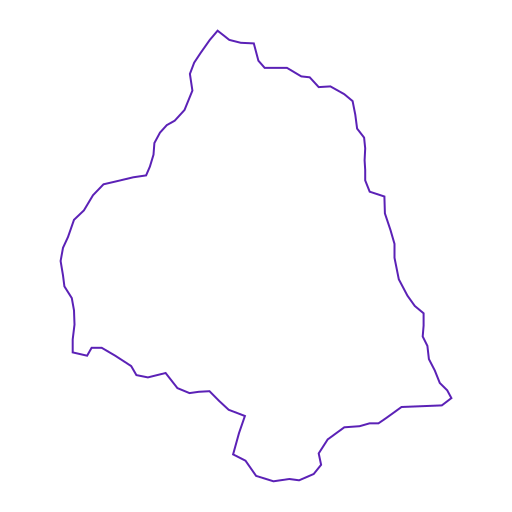 Nova Canaã Paulista, São Paulo, Brazil
{"feature_id": "56859067B96642600712533", "entity_name": "Nova Canaã Paulista", "entity_type": "district", "adm_level": 2, "iso_a3": "BRA", "parent_name": "Brazil", "parent_adm1": "São Paulo", "projection": "mercator", "projection_center": [-50.91, -20.369], "detail": "fine", "context": "isolated", "style": "outline", "palette": "violet", "viewbox_px": 512, "rotation_deg": 0, "n_neighbors": 0, "source": "geoboundaries", "source_scale": "gbopen_adm2", "svg_char_len": 1307}
<svg xmlns="http://www.w3.org/2000/svg" viewBox="0 0 512 512"><path d="M451.4,398.1L447.2,390.3L439.8,383.0L434.8,370.5L428.9,359.1L427.4,345.9L422.7,336.5L423.6,325.7L423.6,313.3L414.8,306.0L407.4,295.6L398.8,279.3L394.5,257.8L394.5,243.9L390.5,230.1L384.9,213.4L384.4,196.5L369.7,191.7L365.2,180.4L365.2,170.0L364.6,160.3L365.2,148.4L364.1,137.6L357.1,128.6L355.3,114.8L352.6,101.1L344.3,94.2L330.4,86.4L318.7,87.1L309.7,77.3L301.3,76.4L287.0,67.9L264.7,67.9L258.4,60.7L253.8,43.4L240.8,42.8L229.3,39.9L217.6,30.7L209.8,39.9L200.7,52.8L194.2,62.6L189.9,73.9L192.4,90.6L184.5,110.0L174.7,120.7L166.8,125.1L160.0,132.6L154.4,143.0L153.5,154.7L149.9,166.6L146.1,175.4L133.2,177.3L114.3,181.8L103.5,184.3L93.0,195.2L83.9,210.4L74.0,219.8L68.0,237.0L63.0,247.8L60.6,261.0L63.0,275.4L64.4,286.4L71.8,298.1L74.0,310.4L74.5,324.6L72.7,339.4L72.7,352.4L87.1,355.7L91.6,347.8L101.7,347.8L115.2,355.7L131.2,366.1L136.4,375.1L147.9,377.4L165.6,373.0L177.4,388.1L189.5,393.1L198.7,391.8L209.5,391.2L219.2,401.0L228.7,409.8L244.9,416.0L239.0,433.1L233.1,454.4L245.5,460.7L256.1,475.9L273.5,481.3L289.2,479.0L299.1,480.3L313.7,474.0L321.1,464.8L318.7,453.4L327.7,439.4L344.3,427.3L359.6,426.2L369.7,423.3L378.5,423.3L386.4,417.9L401.5,407.0L441.8,405.4L451.4,398.1Z" fill="none" stroke="#5b21b6" stroke-width="2"/></svg>